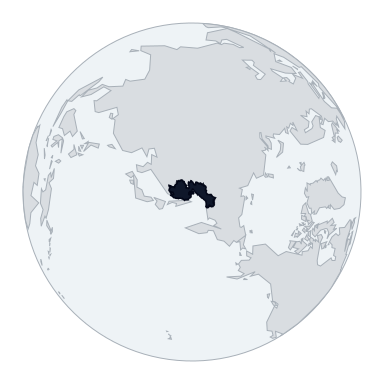 the Earth from above Khabarovsk, rotated 92°
{"feature_id": "RUS-2614", "entity_name": "Khabarovsk", "entity_type": "Territory", "adm_level": 1, "iso_a3": "RUS", "parent_name": "Russia", "parent_adm1": "", "projection": "orthographic", "projection_center": [136.924, 54.6], "detail": "fine", "context": "on_globe", "style": "filled", "palette": "ink", "viewbox_px": 384, "rotation_deg": 92, "n_neighbors": 0, "source": "natural_earth", "source_scale": "10m", "svg_char_len": 17260}
<svg xmlns="http://www.w3.org/2000/svg" viewBox="0 0 384 384"><g transform="rotate(92 192 192)"><circle cx="192" cy="192" r="169" fill="#eef3f6" stroke="#a8b0b8"/><path d="M302.9,315.8L302.8,316.1L302.6,316.3L302.9,315.8ZM332.0,97.4L332.8,98.7L330.7,96.4L328.3,103.7L334.3,102.7L335.4,106.4L334.2,108.8L332.4,106.0L328.3,107.2L327.8,112.0L319.4,112.8L303.4,105.7L305.1,103.2L301.1,102.1L298.8,105.2L298.2,107.6L281.2,110.2L271.8,122.7L274.1,130.5L269.4,126.1L277.4,143.9L275.7,154.5L274.4,140.2L271.7,137.1L268.9,143.0L265.6,141.1L262.3,143.0L258.6,140.3L258.1,132.5L255.7,130.7L253.9,135.1L249.0,135.4L252.1,129.2L243.8,129.2L241.5,116.8L252.7,103.7L248.2,95.8L251.3,79.9L247.8,79.7L246.7,74.0L242.3,71.7L244.1,69.8L239.0,69.7L238.2,72.0L235.7,72.8L233.0,71.8L234.8,69.0L236.5,69.1L235.6,67.7L237.7,66.8L235.1,66.7L237.7,63.6L231.2,65.1L230.0,61.4L232.7,59.8L237.6,61.9L256.0,64.5L260.3,64.0L261.5,61.0L253.0,50.7L255.6,49.6L255.5,46.7L251.7,46.1L250.5,48.3L243.4,47.0L242.7,50.2L239.8,50.2L237.1,52.9L232.0,50.5L228.5,46.7L230.5,44.4L229.0,42.8L222.7,43.5L222.1,38.2L214.2,33.2L214.6,32.2L223.5,32.5L234.8,35.9L246.3,37.4L233.3,34.5L234.6,32.6L232.5,31.6L229.2,30.8L226.5,30.8L225.8,29.9L238.4,32.2L239.3,33.0L235.3,32.2L240.6,33.9L249.1,36.0L249.1,35.2L262.0,40.1L262.1,39.7L265.0,40.7L263.9,40.9L266.2,40.7L281.3,48.7L282.6,49.4L286.7,52.1L287.3,52.6L292.0,56.1L298.0,60.9L298.7,61.3L305.7,67.8L313.8,75.6L319.6,81.3L332.0,97.4ZM339.5,210.4L338.1,208.1L339.9,207.4L339.5,210.4ZM336.6,208.2L337.2,208.7L336.6,208.6L336.6,208.2ZM335.7,209.2L336.4,208.5L335.7,209.5L335.7,209.2ZM334.6,210.8L335.1,209.8L335.1,210.0L334.6,210.8ZM332.5,212.3L331.9,212.6L332.2,211.5L332.5,212.3ZM298.5,109.0L299.1,105.5L302.4,103.5L302.3,106.6L298.5,109.0ZM291.7,113.2L291.0,110.8L295.5,111.9L294.5,112.9L291.7,113.2ZM276.5,136.8L277.6,133.5L277.7,137.3L276.5,136.8ZM262.5,143.8L263.3,145.3L261.3,145.7L262.5,143.8ZM240.0,54.2L238.6,53.5L239.8,53.3L240.0,54.2ZM240.2,56.0L242.7,56.2L243.2,57.1L241.6,56.9L240.2,56.0ZM253.7,142.0L250.3,142.2L253.7,140.6L253.7,142.0ZM237.0,55.6L243.7,58.7L244.4,60.3L239.2,61.3L237.0,55.6ZM248.2,141.4L239.9,142.4L240.8,145.9L233.4,136.8L243.0,138.8L247.1,136.2L246.2,139.4L248.2,141.4ZM239.1,73.2L239.8,70.7L241.7,73.8L239.1,73.2ZM240.9,75.0L250.2,83.9L247.7,87.3L245.1,83.5L243.9,88.9L238.2,86.1L237.5,82.6L240.3,80.9L236.0,81.1L240.9,75.0ZM230.7,131.7L228.6,130.9L230.7,130.3L230.7,131.7ZM234.8,73.4L236.9,74.8L234.9,77.8L230.4,75.6L232.5,75.3L234.8,73.4ZM246.4,91.7L244.2,93.7L238.9,91.9L237.3,92.5L237.8,86.3L246.4,91.7ZM231.6,74.1L228.1,74.4L226.6,72.1L232.6,72.3L231.6,74.1ZM236.3,79.6L235.2,80.9L234.3,79.4L236.3,79.6ZM219.3,64.5L221.9,65.9L221.0,67.5L219.3,64.5ZM226.9,74.7L227.5,75.5L227.4,76.3L224.9,76.1L226.9,74.7ZM234.0,85.6L232.3,84.6L233.6,88.1L229.6,87.1L230.7,83.2L228.6,84.4L227.4,84.2L229.6,81.4L234.0,85.6ZM222.2,78.4L222.3,73.5L217.7,70.4L218.3,68.8L225.5,74.1L222.2,78.4ZM226.4,80.4L224.0,78.8L225.9,77.5L228.8,77.8L226.4,80.4ZM226.6,87.8L232.3,90.3L231.9,91.1L226.6,87.8ZM220.5,77.8L220.6,79.0L220.0,77.7L220.5,77.8ZM224.3,85.0L226.4,85.7L225.8,86.6L224.3,85.0ZM218.9,80.9L218.9,79.3L220.9,79.4L218.9,80.9ZM221.1,83.0L219.8,84.0L221.5,80.4L222.1,83.2L221.1,83.0ZM223.4,85.7L223.8,86.4L222.6,85.2L223.4,85.7ZM211.5,81.6L213.2,77.1L217.5,77.3L215.3,81.6L211.5,81.6ZM113.4,42.4L109.2,45.7L101.6,50.5L85.3,66.1L82.4,68.8L79.2,69.4L63.0,87.1L63.7,89.3L54.1,105.2L50.9,114.8L58.8,112.9L64.1,97.1L70.0,92.1L69.9,102.8L66.1,117.5L68.3,116.0L74.9,105.2L78.4,107.4L77.7,101.5L74.8,104.8L74.3,101.3L77.0,98.2L78.1,99.0L80.5,94.5L74.5,92.3L70.9,95.4L74.5,85.5L68.8,89.8L68.2,88.1L77.6,80.2L80.0,79.6L94.0,68.5L91.8,68.1L78.5,78.7L80.7,76.0L77.6,76.1L81.7,73.9L96.9,62.9L103.0,55.5L103.2,50.1L108.4,46.3L116.1,42.1L123.5,41.4L111.2,50.0L113.7,50.4L122.6,47.3L118.1,50.3L120.2,50.3L116.2,53.8L116.9,58.2L113.7,62.0L120.1,63.4L119.3,65.7L115.8,64.1L111.7,65.3L104.6,75.7L105.1,77.6L109.8,77.8L107.2,80.8L112.7,79.7L111.6,86.2L117.5,77.5L123.2,78.0L125.9,81.9L128.8,80.7L124.4,74.3L121.7,73.3L117.7,74.8L111.3,71.1L112.4,67.7L123.1,66.0L125.8,61.1L132.9,62.4L140.4,78.0L140.4,85.1L127.6,96.2L124.0,94.3L126.9,89.2L118.6,93.7L122.0,93.4L119.9,96.1L124.8,97.6L123.6,99.6L130.4,97.8L129.4,100.5L125.1,101.6L131.5,106.6L131.1,112.6L133.1,112.8L135.4,111.3L133.4,120.1L135.0,119.9L136.3,116.9L140.3,114.6L146.6,114.1L145.6,117.2L143.2,117.7L136.5,123.8L130.2,125.2L130.4,126.4L135.6,126.0L143.8,118.5L147.9,117.4L144.5,121.2L146.0,119.7L147.7,120.2L148.4,123.5L152.4,119.5L172.6,121.1L176.0,128.1L170.7,131.1L183.7,136.5L186.5,144.7L187.7,141.8L194.8,142.9L194.0,140.3L195.1,139.0L212.8,141.4L216.2,144.5L225.1,142.9L225.7,141.6L223.8,139.1L233.4,136.8L240.8,145.9L239.0,148.5L244.9,152.7L240.0,158.3L238.7,165.0L230.0,169.2L229.7,174.4L232.1,175.5L233.4,183.7L228.1,197.4L222.1,181.5L228.0,161.4L224.7,169.0L222.4,166.0L219.4,168.0L217.3,173.7L219.0,175.1L200.0,178.6L188.9,191.6L197.1,193.1L200.0,198.7L194.6,216.3L170.8,233.9L174.4,242.8L173.2,247.4L166.7,248.5L168.4,241.7L163.9,237.5L165.8,233.7L156.0,233.6L158.4,228.2L149.6,231.1L150.5,236.5L158.3,238.3L149.7,243.5L154.8,253.8L152.9,262.8L136.1,272.6L122.7,271.4L121.4,273.6L117.3,268.3L110.0,270.0L115.9,288.0L115.0,291.6L104.1,293.1L104.2,290.4L93.5,276.5L90.0,283.8L98.1,296.3L100.8,305.7L93.9,299.2L91.3,290.5L87.6,285.4L89.7,278.7L88.6,264.8L81.8,262.2L83.4,257.7L80.9,243.1L71.7,238.6L56.3,238.1L52.5,248.1L48.0,247.9L46.8,224.3L50.2,212.0L47.3,208.5L48.1,191.4L42.3,172.0L43.7,167.7L42.2,165.1L43.1,156.0L46.1,149.5L45.7,145.3L38.2,162.8L39.0,167.5L42.7,168.7L40.2,173.5L39.6,183.3L32.3,182.1L27.4,162.5L30.7,153.9L46.3,120.1L47.9,119.1L48.2,118.9L48.6,118.4L46.2,119.1L50.1,113.4L37.8,133.0L34.0,139.3L27.3,162.5L27.0,162.2L26.0,168.8L27.2,181.4L26.4,183.7L23.5,186.8L23.2,185.0L24.2,172.5L26.1,160.0L29.0,147.7L32.7,135.7L37.4,123.9L42.9,112.6L49.2,101.7L56.4,91.3L64.3,81.4L72.9,72.2L82.1,63.6L92.0,55.8L102.5,48.7L113.4,42.4ZM58.2,136.6L58.4,146.2L64.9,138.8L65.6,142.0L67.6,138.4L65.4,138.3L71.3,129.5L73.7,132.8L77.1,130.6L77.2,127.3L71.7,122.9L63.3,135.1L60.4,134.3L58.2,136.6ZM233.9,32.5L232.9,32.3L229.8,31.3L231.8,31.6L233.9,32.5ZM212.8,29.0L212.1,27.7L214.0,28.7L216.6,28.6L223.9,30.8L215.2,31.9L217.9,30.9L212.8,29.0ZM231.1,34.4L227.5,32.6L231.8,34.5L231.1,34.4ZM135.9,47.6L132.5,48.8L131.0,47.8L135.0,43.7L137.2,45.2L135.9,47.6ZM128.0,50.9L137.5,50.8L135.4,53.6L134.9,52.0L132.6,53.8L131.3,51.8L120.0,54.9L117.9,54.2L126.4,46.7L124.8,49.4L128.2,47.9L128.0,50.9ZM165.5,48.3L169.6,49.0L159.7,54.0L157.0,52.8L160.8,48.4L166.3,47.4L165.5,48.3ZM226.5,56.9L228.7,57.4L228.2,58.1L225.9,58.3L226.5,56.9ZM220.6,65.0L216.3,55.8L218.6,55.8L213.4,50.8L217.4,48.9L220.7,52.1L219.8,47.1L224.4,49.3L223.2,46.0L230.0,53.4L234.1,55.5L228.0,53.9L224.2,55.5L223.8,56.8L225.6,62.1L232.5,67.5L229.8,70.2L226.1,70.7L224.0,69.8L226.4,68.3L221.9,68.2L223.8,65.3L220.6,65.0ZM183.9,78.8L187.6,76.7L178.9,77.4L180.7,73.9L179.6,74.2L178.9,71.3L176.2,68.4L177.7,67.1L176.0,66.6L175.5,64.8L173.6,63.6L175.8,61.0L173.7,59.4L175.9,59.0L171.7,57.2L175.8,57.4L175.6,55.3L171.7,56.2L188.0,45.9L191.7,41.8L192.4,38.5L199.4,39.7L203.2,43.8L204.4,49.3L199.9,53.2L203.8,53.3L202.9,55.2L200.1,54.4L203.7,56.8L202.2,58.2L203.3,64.0L209.5,67.0L210.0,69.4L206.8,68.9L209.6,71.6L204.0,72.4L204.2,74.1L198.9,76.8L192.6,75.2L193.4,77.3L189.4,79.6L183.9,78.8ZM209.8,82.2L201.9,80.7L199.0,78.2L209.4,74.6L210.0,72.9L216.6,70.9L220.6,74.6L218.4,74.8L217.1,76.0L216.3,74.3L216.0,76.5L212.9,76.9L211.8,78.7L209.5,77.7L209.8,82.2ZM82.3,70.4L80.6,72.3L78.7,75.1L76.8,75.3L82.3,70.4ZM92.5,62.7L91.4,64.1L87.7,65.5L89.5,63.7L92.5,62.7ZM94.0,63.9L91.7,64.1L94.0,62.9L94.0,63.9ZM115.1,65.5L114.4,67.2L113.1,67.5L112.1,66.7L115.1,65.5ZM158.5,81.1L161.1,80.0L161.6,80.7L167.6,81.0L166.7,83.7L162.8,84.6L158.5,81.1ZM57.9,111.0L57.0,109.1L58.3,107.2L58.3,108.2L57.9,111.0ZM65.9,90.8L62.6,95.9L65.4,90.8L65.9,90.8ZM158.6,84.1L161.1,83.8L159.1,85.4L158.6,84.1ZM166.4,85.8L164.5,87.7L167.3,84.1L166.4,85.8ZM140.6,337.4L145.7,339.2L145.6,339.5L140.6,337.4ZM135.3,334.5L141.0,336.4L134.4,335.0L135.3,334.5ZM143.2,337.1L149.0,338.0L151.5,338.1L151.1,338.7L143.2,337.1ZM131.5,333.3L111.7,325.0L104.2,320.2L105.8,319.6L118.0,325.8L131.5,333.3ZM105.2,319.3L93.9,308.7L80.3,285.1L85.1,289.0L99.8,307.2L98.8,308.1L105.6,315.3L105.2,319.3ZM133.2,323.6L132.2,327.3L121.1,322.7L116.2,319.9L112.8,312.9L114.7,310.9L118.6,312.8L135.2,308.8L140.7,313.4L135.4,316.0L140.0,321.5L133.2,323.6ZM52.7,249.7L54.0,258.9L51.7,257.3L52.7,249.7ZM142.8,303.4L135.5,306.0L142.4,301.5L142.8,303.4ZM147.4,298.2L147.4,300.9L145.1,297.6L147.4,298.2ZM120.4,277.3L116.1,276.0L116.4,273.9L122.1,274.5L120.4,277.3ZM151.4,270.2L149.7,276.3L148.3,278.0L147.2,273.7L151.4,270.2ZM154.5,108.8L147.2,105.2L141.4,104.9L137.2,108.0L140.0,102.3L149.0,102.8L154.5,108.8ZM170.5,119.2L174.2,116.7L174.7,119.0L173.9,119.9L170.5,119.2ZM171.2,116.8L171.7,111.6L175.1,111.1L174.1,115.3L171.2,116.8ZM164.8,97.2L162.7,95.9L164.4,94.6L164.8,97.2ZM140.1,352.8L140.5,352.9L131.3,348.4L133.6,349.3L130.5,346.4L148.0,349.6L160.1,347.0L171.3,349.3L178.8,345.6L190.8,346.9L187.9,350.3L201.2,352.8L208.2,344.8L218.3,352.3L229.3,353.0L234.7,354.5L226.3,357.4L211.5,359.8L196.6,360.9L195.1,360.9L191.8,361.0L194.2,360.8L189.7,360.9L185.4,360.6L177.9,360.0L154.2,356.7L140.1,352.8ZM264.3,340.8L266.6,340.0L270.7,339.2L267.0,340.6L264.3,340.8ZM297.2,320.8L298.7,320.3L296.2,322.1L297.2,320.8ZM302.6,316.3L299.6,318.6L302.9,315.8L302.6,316.3ZM274.0,333.2L275.3,333.0L274.4,333.6L274.0,333.2ZM273.0,333.4L274.1,332.3L274.2,332.9L273.0,333.4ZM261.5,333.2L262.7,332.3L263.4,332.5L261.5,333.2ZM153.3,341.2L160.2,340.1L164.2,340.6L153.3,341.2ZM259.5,332.8L256.3,333.6L256.6,333.1L259.5,332.8ZM259.5,331.6L259.1,331.0L261.3,332.0L259.5,331.6ZM253.2,331.6L257.3,331.9L252.8,331.9L253.2,331.6ZM251.0,332.4L248.2,332.4L248.4,332.1L251.0,332.4ZM221.3,338.1L231.5,341.5L223.7,342.3L214.8,340.2L208.6,343.1L194.0,342.6L197.1,341.0L194.9,338.3L180.4,336.1L177.5,333.9L182.5,333.2L173.2,330.4L183.3,330.9L187.7,335.2L193.5,332.6L204.0,333.7L214.5,334.8L223.3,336.9L221.3,338.1ZM183.8,339.2L185.6,339.4L184.1,340.3L183.8,339.2ZM242.9,331.5L246.9,332.4L246.5,333.0L244.5,333.1L242.9,331.5ZM225.2,336.1L234.5,332.0L236.8,331.8L230.7,336.0L225.2,336.1ZM232.1,330.3L236.6,330.2L239.0,331.5L238.1,332.1L232.1,330.3ZM162.9,332.8L162.6,333.8L160.0,332.4L162.9,332.8ZM166.2,332.8L174.1,335.2L165.5,333.6L166.2,332.8ZM143.3,323.5L145.5,326.8L152.3,326.9L147.1,327.9L152.0,333.3L150.5,334.4L145.6,328.8L144.3,332.9L141.3,331.9L139.4,327.5L142.3,323.4L145.3,322.1L157.8,324.4L143.3,323.5ZM166.1,329.6L164.0,326.1L165.6,324.2L167.8,326.3L166.1,329.6ZM158.4,316.8L153.5,311.4L148.6,311.7L158.8,308.4L161.8,314.2L158.4,316.8ZM154.8,306.6L150.2,306.9L155.2,304.6L154.8,306.6ZM149.2,305.1L149.1,302.0L152.5,303.4L149.2,305.1ZM157.1,307.3L158.6,302.4L160.0,305.9L157.1,307.3ZM148.6,294.6L155.3,301.8L146.0,296.9L147.3,286.3L151.4,287.3L148.6,294.6ZM182.3,254.7L182.2,251.0L186.4,250.9L185.3,253.5L182.3,254.7ZM200.0,248.1L187.5,249.7L177.5,251.1L179.9,253.4L176.3,258.9L173.5,252.4L181.7,247.2L189.0,247.2L191.5,242.2L197.8,239.6L198.6,232.8L201.8,230.3L203.3,236.5L200.0,248.1ZM198.7,230.0L202.4,218.2L209.6,220.9L210.4,224.1L205.7,228.3L202.2,226.6L198.7,230.0ZM205.4,216.2L202.0,214.6L200.4,195.5L201.8,192.3L206.9,207.7L204.0,207.1L203.1,211.4L205.4,216.2ZM228.5,132.7L228.6,131.1L229.9,132.6L228.5,132.7ZM194.5,137.6L196.2,136.1L197.7,137.8L194.5,137.6ZM201.8,133.1L198.9,132.2L202.4,131.8L201.8,133.1ZM192.4,130.5L198.0,131.2L192.0,132.4L192.4,130.5Z" fill="#d9dde1" stroke="#a8b0b8" stroke-width="1"/><path d="M187.7,210.6L187.0,210.2L187.7,210.3L188.1,210.1L188.2,209.6L187.4,209.6L187.1,209.2L186.8,209.4L186.2,209.4L185.9,209.1L185.0,208.8L184.8,207.8L184.1,207.6L184.0,207.2L183.3,207.3L183.3,207.1L182.8,206.8L182.6,207.1L182.5,207.5L182.2,207.2L181.5,207.5L181.4,207.4L181.6,206.8L181.7,206.3L181.4,206.0L181.7,205.9L181.7,205.4L181.3,205.2L181.4,204.9L181.7,204.7L181.4,204.1L181.2,204.1L181.1,203.8L180.7,203.9L180.7,203.7L180.9,203.4L180.8,203.1L180.5,203.1L180.4,203.3L180.3,203.1L180.7,202.5L180.6,202.1L180.9,202.1L181.2,201.4L181.4,201.4L181.7,201.1L182.0,201.2L181.9,200.2L183.5,200.0L183.8,199.8L183.8,199.5L184.0,199.6L184.2,199.2L184.6,198.9L185.2,199.0L185.7,198.8L185.4,198.2L185.5,198.0L185.4,197.6L185.5,197.5L186.5,198.0L187.9,198.3L187.9,198.0L188.2,197.7L188.1,197.4L187.9,197.2L188.0,197.0L188.0,196.8L188.4,196.4L188.4,196.1L188.5,195.9L188.3,195.7L188.5,195.4L187.9,194.8L187.7,194.9L187.6,195.1L186.9,195.3L186.1,195.0L185.5,195.3L185.4,195.7L183.5,195.8L183.3,196.0L183.1,196.0L183.1,195.7L182.3,195.7L182.5,195.4L182.4,194.1L181.9,193.9L181.6,194.0L180.7,193.5L180.9,192.9L181.4,192.5L182.0,192.4L182.3,191.8L182.2,191.6L183.6,190.8L183.6,190.6L183.8,190.4L184.3,190.4L184.3,190.0L184.7,190.0L184.9,189.8L184.9,189.5L185.3,189.5L185.0,189.4L184.8,189.1L184.7,188.6L183.5,188.7L182.3,188.6L182.0,188.4L182.0,187.7L182.2,187.1L182.5,186.9L182.6,186.3L182.9,186.0L183.0,186.3L183.2,185.9L183.4,186.1L183.5,186.2L183.4,186.0L183.5,185.6L183.7,185.4L183.7,185.1L183.2,184.5L183.3,184.4L183.0,184.1L182.8,184.2L182.7,183.9L183.0,183.7L183.4,183.9L183.5,183.7L183.5,183.3L183.8,183.1L183.7,183.0L184.2,182.9L184.3,182.7L183.9,182.1L184.0,181.9L183.7,181.7L183.8,181.5L183.5,181.2L183.9,181.2L184.4,181.7L184.5,181.6L184.4,181.4L184.4,181.1L184.7,181.0L184.7,180.7L184.6,180.3L185.1,180.3L185.0,180.2L185.3,179.9L185.3,179.5L185.4,179.2L185.7,179.2L185.9,178.9L185.8,178.6L186.7,178.1L187.7,178.2L188.4,178.5L188.7,178.4L188.9,178.6L189.4,178.7L189.7,177.9L190.3,177.5L190.7,177.8L191.8,178.0L192.8,177.4L192.8,177.2L193.0,176.9L193.6,176.7L193.7,177.0L194.0,176.9L193.9,176.6L194.0,176.2L193.9,175.4L194.0,174.9L193.9,174.6L194.2,174.1L193.8,173.5L193.8,173.3L194.0,173.1L193.9,172.8L194.5,172.6L194.4,172.3L194.6,172.1L194.8,172.2L195.1,171.8L195.7,171.7L195.8,171.2L196.2,170.6L196.3,170.2L196.6,170.0L196.7,169.0L197.1,168.9L197.1,168.4L197.6,168.7L197.7,168.9L198.0,168.8L198.4,169.5L198.6,169.8L198.8,169.7L198.8,169.9L199.2,169.7L199.4,170.0L199.6,170.1L199.6,170.3L200.0,170.0L200.4,170.2L200.5,169.6L200.9,169.8L201.2,169.7L201.2,170.0L201.3,170.2L201.7,169.8L201.8,170.5L202.2,170.5L202.6,170.1L202.6,169.7L203.0,169.4L203.4,169.7L203.8,169.7L204.1,169.3L204.8,169.7L205.5,170.4L205.6,171.0L205.8,171.0L205.7,171.3L205.9,171.6L205.9,171.9L205.8,172.0L206.0,172.2L205.9,172.3L205.6,172.4L205.7,173.0L205.1,173.1L204.4,174.0L204.6,174.2L204.6,174.4L204.9,174.7L205.8,174.4L205.9,174.8L206.3,174.8L206.3,175.1L206.5,175.4L206.8,175.2L207.0,175.3L207.1,175.7L207.0,175.9L207.2,176.0L207.2,176.7L206.9,176.9L206.2,176.7L206.0,176.9L206.2,177.5L205.7,177.7L205.4,177.5L205.5,176.9L205.3,177.0L205.1,176.9L204.1,177.3L202.4,177.3L201.9,177.6L201.4,177.5L200.1,178.4L199.7,178.8L199.1,179.9L197.9,181.0L197.6,182.3L196.9,182.7L196.5,183.4L196.3,183.5L196.0,184.0L195.6,184.1L195.2,184.5L195.1,184.8L194.7,185.0L194.7,185.5L194.6,185.3L194.2,186.0L194.0,186.4L194.2,186.5L193.9,186.6L193.6,186.8L193.3,187.5L192.9,187.7L192.8,188.0L192.6,188.0L191.7,188.9L191.2,189.2L190.7,189.9L189.5,190.6L189.0,191.2L189.1,191.7L189.8,191.8L190.0,192.1L191.3,192.0L191.6,191.7L191.6,192.0L191.8,191.9L191.9,192.0L191.9,192.5L191.7,192.5L191.8,192.8L191.7,192.9L191.8,193.3L191.5,194.0L191.6,194.3L192.1,194.2L192.3,194.3L192.5,194.2L192.6,193.7L192.4,193.6L192.2,193.3L192.8,192.9L193.4,192.8L193.0,193.5L192.9,193.3L192.7,193.4L192.7,193.6L193.2,193.9L193.6,193.9L193.2,194.3L193.0,194.7L192.5,194.9L192.7,195.2L193.7,195.0L194.1,194.7L194.4,194.5L194.5,194.0L194.9,193.7L194.9,194.2L194.3,195.2L194.7,195.2L195.0,194.5L195.2,193.7L195.2,193.4L195.0,193.5L195.1,193.0L195.0,192.9L196.1,193.1L196.9,192.8L197.0,193.0L197.7,193.5L197.9,193.7L197.8,194.0L198.4,194.7L199.3,195.1L199.1,195.1L199.9,195.6L199.8,195.8L200.0,196.0L199.9,196.3L199.5,196.3L199.6,196.5L199.0,196.2L198.7,196.2L199.1,196.4L199.4,196.8L199.7,196.9L199.6,197.1L199.8,197.5L199.6,198.2L200.4,198.9L200.0,199.1L199.9,199.4L200.2,199.6L199.8,199.9L199.6,200.4L199.3,200.6L199.3,200.9L199.1,201.1L199.3,201.1L199.3,201.3L198.9,201.5L199.0,202.3L198.7,202.8L198.6,203.3L198.7,203.6L198.6,203.8L198.8,204.4L198.8,204.9L199.1,205.1L198.6,205.8L198.9,206.0L199.0,206.6L198.7,207.5L198.6,208.0L198.4,208.3L198.7,208.3L198.4,209.0L198.4,209.9L196.6,212.0L196.2,213.1L195.9,212.9L195.2,212.9L195.4,212.5L195.2,212.4L195.8,212.0L195.8,211.8L195.3,211.3L195.4,211.0L195.5,211.0L195.5,210.8L195.2,210.8L195.1,210.2L194.7,210.1L193.9,210.8L193.0,210.8L192.8,211.2L193.3,211.7L193.0,212.1L194.2,212.4L194.1,212.6L194.3,212.6L194.3,212.8L193.1,213.8L192.3,213.5L192.1,213.9L192.1,214.3L191.4,215.0L190.7,215.0L190.3,214.8L190.0,214.9L189.6,214.6L188.9,214.6L189.0,214.2L188.8,213.9L188.3,213.7L188.1,214.0L187.8,213.8L187.5,214.0L187.2,214.4L186.9,215.2L186.1,215.3L186.3,214.3L186.6,213.9L186.5,213.5L186.5,213.3L187.3,212.9L187.7,212.2L187.3,211.3L187.7,210.6ZM193.6,190.8L194.2,190.7L193.8,191.0L193.8,191.4L193.4,191.9L193.0,191.2L192.5,191.5L193.1,190.2L193.7,190.4L193.8,190.5L193.6,190.8ZM192.4,190.5L192.3,191.0L191.6,191.1L191.8,190.8L192.4,190.5ZM193.4,192.7L193.7,192.3L193.5,192.6L193.4,192.7ZM193.2,192.1L193.2,192.6L193.1,192.2L193.2,192.1ZM196.0,192.0L196.0,191.9L196.0,192.0Z" fill="#0f172a" stroke="#020617" stroke-width="1.5"/></g></svg>